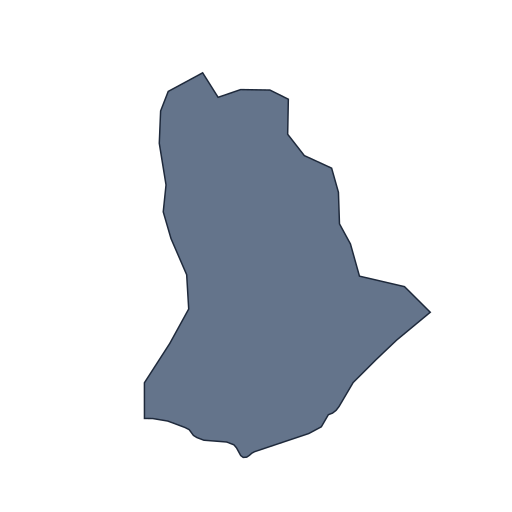 the Autonomous Province of Androy, rotated 344°
{"feature_id": "MDG-5864", "entity_name": "Androy", "entity_type": "Autonomous Province", "adm_level": 1, "iso_a3": "MDG", "parent_name": "Madagascar", "parent_adm1": "", "projection": "orthographic", "projection_center": [45.412, -24.742], "detail": "fine", "context": "isolated", "style": "filled", "palette": "slate", "viewbox_px": 512, "rotation_deg": 344, "n_neighbors": 0, "source": "natural_earth", "source_scale": "10m", "svg_char_len": 778}
<svg xmlns="http://www.w3.org/2000/svg" viewBox="0 0 512 512"><g transform="rotate(344 256 256)"><path d="M408.0,358.1L368.0,375.6L342.7,388.8L314.5,404.4L294.3,423.6L290.5,426.4L286.3,428.1L281.8,428.5L271.7,438.2L257.8,441.2L200.7,443.7L197.6,444.4L194.7,445.8L191.6,446.8L188.2,446.1L186.3,443.6L184.4,435.1L182.7,431.4L176.5,426.7L155.1,418.7L149.1,414.2L146.4,411.2L143.9,404.5L140.5,401.3L125.6,390.3L112.0,383.8L104.0,381.4L113.8,347.1L149.0,316.3L176.7,288.4L184.2,254.9L179.1,215.9L179.0,188.0L189.1,162.9L194.1,121.0L204.3,90.3L217.0,73.6L255.2,65.2L263.3,93.0L287.1,91.8L315.1,100.3L330.3,114.2L320.0,147.7L330.1,172.8L352.9,192.4L352.8,217.5L345.1,248.1L350.1,270.5L349.9,303.9L390.3,326.4L408.0,358.1Z" fill="#64748b" stroke="#1e293b" stroke-width="1.5"/></g></svg>